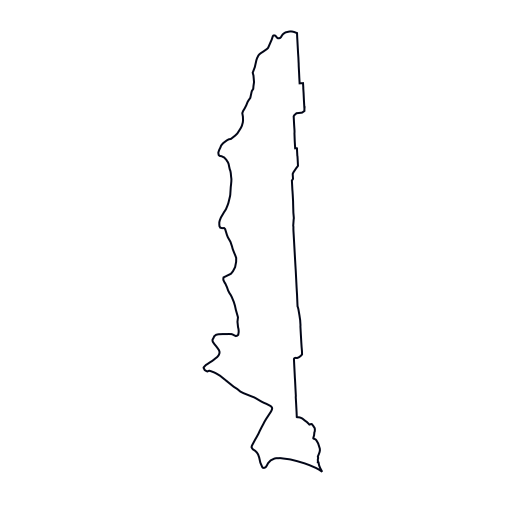 Frecatei, Braila, Romania, rotated 175°
{"feature_id": "2599482B580014738144", "entity_name": "Frecatei", "entity_type": "district", "adm_level": 2, "iso_a3": "ROU", "parent_name": "Romania", "parent_adm1": "Braila", "projection": "orthographic", "projection_center": [28.064, 45.013], "detail": "fine", "context": "isolated", "style": "outline", "palette": "ink", "viewbox_px": 512, "rotation_deg": 175, "n_neighbors": 0, "source": "geoboundaries", "source_scale": "gbopen_adm2", "svg_char_len": 5859}
<svg xmlns="http://www.w3.org/2000/svg" viewBox="0 0 512 512"><g transform="rotate(175 256 256)"><path d="M239.1,50.2L232.8,48.0L225.7,45.2L221.0,43.0L214.7,39.6L211.7,37.6L208.9,35.3L210.1,38.1L210.4,38.7L211.1,40.9L211.3,41.7L211.5,42.5L211.5,43.0L211.7,44.9L212.4,45.1L212.2,46.2L212.2,46.6L212.2,47.1L212.2,47.3L212.2,47.6L212.1,48.0L211.8,49.0L211.7,49.5L211.7,49.9L211.8,50.3L211.9,50.6L211.8,50.9L211.6,51.4L210.8,52.9L210.3,54.0L209.9,54.8L209.6,55.7L209.3,56.7L209.3,57.1L209.2,58.2L209.3,58.9L209.9,61.6L210.3,63.3L210.4,63.8L211.4,66.0L211.7,66.6L212.0,67.2L212.3,67.6L212.5,67.9L212.8,68.1L213.2,68.4L213.6,68.6L214.5,69.0L214.8,69.3L214.8,69.7L214.7,69.9L214.1,71.5L213.8,72.2L213.5,73.8L213.3,74.7L213.3,75.0L212.8,76.1L212.7,76.4L212.6,77.1L212.5,77.8L212.5,78.7L212.5,79.1L212.6,79.5L212.7,79.8L213.3,80.8L213.5,81.3L214.6,83.0L214.9,83.4L215.0,83.6L215.3,83.7L215.5,83.8L215.9,83.8L216.5,83.6L217.2,83.4L217.4,83.4L217.5,83.4L217.7,83.6L218.4,84.6L219.0,85.2L219.7,86.1L221.9,88.0L223.1,89.2L224.1,90.1L224.6,90.4L225.3,90.8L226.6,91.4L227.2,91.5L228.8,91.8L229.1,91.8L229.4,92.0L229.4,92.3L229.2,96.5L228.9,105.2L228.7,111.9L228.7,112.2L228.5,112.9L228.5,113.1L228.2,121.7L228.1,124.2L227.9,129.7L227.9,130.9L227.4,144.6L227.2,149.8L227.1,150.2L227.0,150.4L226.9,150.6L226.4,150.9L226.0,151.0L225.5,151.1L224.1,150.8L223.8,150.9L223.4,150.9L222.7,151.2L221.8,151.5L221.4,151.8L220.4,152.4L219.7,153.0L219.1,153.5L218.8,153.9L218.7,154.0L218.6,155.6L218.5,157.1L218.5,160.1L218.5,161.6L218.4,165.9L218.1,176.0L217.9,181.9L217.7,183.4L217.7,184.2L217.6,188.3L217.7,189.8L217.9,193.2L218.4,199.3L218.5,199.9L218.6,200.5L218.7,201.1L218.9,201.9L219.0,202.1L219.0,202.4L218.7,209.3L218.5,213.8L218.4,217.7L218.3,221.1L217.7,237.7L217.6,241.8L217.3,251.9L216.7,271.0L216.5,277.9L216.4,279.7L216.2,281.6L216.2,282.0L216.3,282.8L216.2,283.6L216.1,284.1L215.3,289.1L215.0,290.4L215.0,291.0L215.0,293.7L215.0,295.8L214.5,304.3L214.3,307.2L214.1,313.1L214.0,317.2L214.0,318.2L214.0,318.8L213.7,327.1L213.7,328.0L212.6,329.4L212.5,329.5L212.4,329.7L212.4,329.9L212.3,334.3L212.2,334.7L212.1,335.0L211.7,335.6L211.2,336.4L208.2,340.1L206.6,341.8L206.4,342.2L206.3,342.3L206.3,342.6L206.3,343.0L206.2,345.2L206.0,351.2L206.0,351.6L206.1,352.3L205.9,358.1L205.8,359.6L205.9,359.8L206.0,359.8L207.4,359.9L207.6,359.9L207.6,360.0L207.4,367.1L207.1,373.1L207.0,374.9L206.8,376.2L206.7,378.0L206.6,383.0L206.3,391.8L206.2,392.0L206.0,392.3L205.5,393.0L204.4,393.8L203.5,394.5L203.4,394.6L203.2,394.7L202.8,394.7L202.7,394.7L197.7,394.8L197.3,395.0L195.2,396.2L195.1,396.3L195.1,396.5L195.0,398.0L194.7,399.8L194.9,399.8L194.7,406.7L194.4,414.2L194.3,418.7L194.2,419.8L194.1,424.1L197.4,424.2L197.5,424.2L197.3,430.5L197.1,435.3L196.9,441.3L196.7,444.4L196.7,445.0L196.6,447.3L196.5,449.7L196.4,454.6L196.0,466.7L195.9,470.2L195.7,474.5L196.6,474.9L198.4,475.8L200.2,476.4L201.7,476.7L202.5,476.7L203.3,476.7L207.0,476.2L208.3,475.6L210.1,474.4L211.4,472.8L212.0,471.9L212.6,471.4L213.0,471.1L214.2,470.9L215.4,471.1L216.2,471.9L217.2,473.4L217.9,474.0L218.8,474.2L219.5,474.1L220.1,473.5L221.4,470.4L225.8,462.3L226.6,461.6L227.5,461.0L228.9,460.2L230.6,459.2L231.9,458.5L232.9,458.0L234.1,457.3L234.8,456.8L235.2,456.5L235.8,455.9L236.3,455.3L237.3,453.6L237.6,453.2L238.0,452.3L238.5,451.2L240.7,444.3L243.3,438.9L242.9,436.5L242.8,436.0L242.8,432.7L242.8,429.4L243.2,427.7L243.7,425.6L244.2,422.7L245.7,420.8L246.1,419.8L247.9,414.0L249.8,411.8L251.0,410.1L252.6,406.9L254.5,403.9L256.2,401.6L257.2,399.5L256.9,395.9L257.1,392.2L257.5,390.2L258.7,387.0L259.8,385.1L260.9,383.6L263.9,379.7L266.2,377.8L270.8,374.8L273.0,374.6L275.0,373.7L276.8,372.6L278.7,371.4L279.4,370.8L280.9,369.3L281.3,368.7L282.0,367.2L283.4,364.9L284.2,363.1L284.5,362.3L284.5,361.1L284.3,359.7L283.3,358.8L281.6,358.4L280.5,357.7L279.2,357.0L277.7,355.1L277.0,354.1L276.6,353.2L275.8,351.8L275.3,350.2L275.1,348.8L275.0,347.7L274.6,344.7L274.1,342.9L273.9,340.7L273.9,337.4L273.8,334.7L274.1,332.3L274.6,329.5L275.1,327.1L276.3,319.3L276.7,317.7L278.9,311.2L279.8,309.2L281.8,305.3L283.0,303.7L284.0,302.5L285.1,300.9L286.9,298.4L287.6,297.4L289.0,294.6L289.5,293.1L289.6,292.9L289.8,290.7L289.8,288.9L289.1,287.3L288.5,287.1L287.3,286.7L285.3,286.6L284.4,285.5L283.1,279.4L282.4,277.1L280.2,272.3L279.0,267.4L278.8,266.0L278.5,264.6L277.5,261.2L276.6,258.4L275.9,255.8L276.3,251.9L277.8,246.7L280.3,242.8L282.5,240.5L290.2,237.5L290.6,235.9L290.5,234.6L289.4,231.8L289.1,231.6L287.6,227.3L286.8,224.1L285.7,221.4L284.6,219.4L283.7,217.2L282.1,212.1L281.3,208.3L280.8,204.3L279.3,196.5L280.2,192.1L280.1,186.8L279.8,184.7L279.8,182.5L280.0,181.2L280.6,179.0L281.9,178.2L283.1,178.0L284.8,179.0L286.2,179.9L286.7,180.1L287.4,180.4L290.5,180.7L292.5,180.8L295.3,181.1L300.3,181.3L302.6,181.0L304.6,179.7L305.4,178.2L306.6,176.4L306.7,175.2L306.4,174.1L305.1,171.8L303.5,169.5L302.2,167.4L301.1,165.4L300.8,164.2L300.7,163.5L300.9,162.3L301.4,161.2L302.0,160.2L303.5,158.7L305.4,157.5L307.3,156.2L308.9,155.2L311.5,153.9L313.6,152.7L315.4,151.8L316.8,150.6L317.9,149.5L317.9,149.0L317.0,146.8L315.6,145.8L314.5,145.2L313.7,145.5L312.6,145.8L311.0,145.2L307.9,143.7L306.4,142.8L304.8,141.7L303.3,140.6L302.3,139.9L294.9,132.8L289.6,127.7L286.2,125.1L283.4,122.3L280.5,120.5L272.8,116.6L270.1,115.3L268.3,114.1L264.0,111.0L262.8,110.2L261.0,109.1L258.5,107.8L256.3,106.4L254.6,105.3L254.1,104.8L253.7,104.3L253.3,103.6L253.2,102.8L253.5,101.7L254.5,99.9L257.4,96.2L260.1,92.8L262.1,90.0L263.2,88.2L265.3,85.0L267.6,81.3L269.0,78.8L271.2,75.5L272.9,73.1L276.6,67.4L277.1,66.0L276.8,65.1L276.0,63.7L273.8,62.0L272.3,60.2L271.6,58.9L271.2,58.1L270.4,55.0L269.7,49.8L268.2,45.2L267.7,44.5L266.7,44.2L265.6,44.4L264.4,45.1L263.3,46.6L262.0,48.6L259.2,51.1L257.4,51.8L255.3,52.6L253.8,52.8L249.2,52.5L246.6,51.9L240.6,50.6L239.1,50.2Z" fill="none" stroke="#020617" stroke-width="2"/></g></svg>